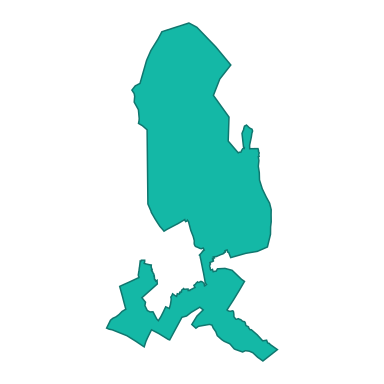 outline of Jere, Borno, Nigeria
{"feature_id": "59680162B64727590098747", "entity_name": "Jere", "entity_type": "district", "adm_level": 2, "iso_a3": "NGA", "parent_name": "Nigeria", "parent_adm1": "Borno", "projection": "robinson", "projection_center": [13.17, 11.942], "detail": "fine", "context": "isolated", "style": "filled", "palette": "teal", "viewbox_px": 384, "rotation_deg": 0, "n_neighbors": 0, "source": "geoboundaries", "source_scale": "gbopen_adm2", "svg_char_len": 5984}
<svg xmlns="http://www.w3.org/2000/svg" viewBox="0 0 384 384"><path d="M151.3,265.0L150.7,264.9L150.3,264.9L148.9,264.6L147.5,264.3L145.8,263.9L144.7,263.5L144.2,263.3L144.7,261.6L144.7,260.2L142.8,260.2L141.3,260.2L140.8,261.4L140.2,261.1L140.1,261.8L140.0,262.9L139.9,263.8L139.8,264.7L139.7,265.2L139.6,266.4L139.4,267.4L139.3,268.0L139.2,268.9L139.1,269.6L139.0,270.9L138.7,271.9L138.6,273.1L138.5,273.7L138.5,273.9L138.4,274.0L138.3,274.6L138.3,275.0L138.3,275.3L138.4,275.8L138.5,276.0L138.7,276.6L139.0,277.0L138.9,277.6L138.4,277.8L137.9,278.0L129.4,282.0L124.0,284.4L119.7,286.4L121.1,291.6L122.5,296.6L123.9,302.1L125.8,309.2L122.1,311.4L119.1,314.5L115.9,316.9L112.8,318.3L110.5,320.2L106.6,328.1L109.1,329.2L112.2,329.8L126.9,335.7L135.7,341.2L144.2,346.9L145.9,341.5L147.3,338.3L148.6,335.6L151.5,329.8L158.7,333.5L168.2,339.4L169.7,339.9L181.9,317.3L186.6,316.0L191.4,312.2L191.5,312.2L199.8,307.2L203.2,309.9L197.0,316.0L191.8,324.5L195.9,328.2L198.5,326.3L209.5,324.4L212.0,325.1L213.2,328.0L215.8,331.7L217.3,335.7L221.7,339.6L224.2,341.3L229.4,343.6L230.2,344.2L234.2,348.9L235.3,349.4L242.6,352.0L245.4,350.7L249.3,351.2L252.8,352.7L257.7,357.3L262.9,361.0L277.4,349.6L270.1,344.4L269.8,344.0L269.3,343.4L268.5,343.3L267.6,342.8L267.4,342.1L267.1,341.6L266.6,340.2L262.8,340.8L262.4,340.5L257.2,334.8L251.3,329.7L250.2,329.8L249.2,328.6L248.8,328.1L248.6,327.4L248.5,326.9L248.3,326.8L247.9,326.5L247.0,326.1L246.3,325.8L246.0,325.6L245.8,325.1L245.6,324.4L245.5,324.0L245.4,323.2L244.9,322.1L244.5,321.7L243.9,321.5L243.2,321.5L242.7,321.3L242.2,321.0L241.9,320.7L241.5,320.3L241.1,319.9L240.5,319.5L239.4,319.4L238.7,318.7L238.4,318.7L237.8,318.8L237.5,319.0L236.4,319.3L235.8,319.2L235.4,318.7L234.8,317.9L234.2,317.1L233.8,316.3L233.8,316.0L233.9,315.7L233.9,315.3L233.9,314.9L233.7,312.9L233.4,311.4L232.9,310.9L232.4,310.8L230.5,311.3L229.3,311.2L228.3,310.9L227.0,309.9L233.4,300.0L239.2,290.5L244.5,281.4L241.5,279.3L236.0,274.0L232.1,270.3L225.0,268.4L217.5,268.8L216.1,271.2L214.6,271.3L213.2,271.7L212.8,270.5L212.5,269.4L210.8,270.1L210.3,269.3L210.3,268.9L210.2,268.7L210.2,268.3L210.2,267.8L209.8,267.1L209.7,266.4L209.6,265.6L209.9,265.2L210.0,264.9L210.1,264.3L210.0,264.1L210.4,263.9L210.3,263.7L210.2,263.5L210.1,263.1L209.9,262.5L210.4,262.3L211.8,261.8L212.4,261.6L212.8,261.3L213.3,261.1L213.1,260.6L212.8,260.2L213.2,260.0L213.4,259.9L213.2,259.4L213.0,258.9L212.9,259.0L212.6,259.1L212.5,258.4L213.0,258.4L214.4,258.0L214.2,257.4L213.6,257.6L213.5,257.2L213.4,256.9L213.5,256.9L214.5,256.7L214.9,256.7L215.6,256.6L215.8,256.7L216.2,256.6L216.7,256.4L217.1,256.3L217.5,256.0L218.0,255.8L219.5,255.2L220.5,254.7L222.6,254.0L223.9,253.4L223.9,252.7L225.0,252.3L224.9,251.9L225.4,251.7L225.0,250.7L226.2,250.2L227.1,249.9L227.3,250.7L227.7,252.1L228.7,252.6L230.7,257.6L245.9,253.3L257.3,251.4L267.4,247.0L270.5,234.3L270.6,226.8L271.2,221.8L271.1,214.5L271.2,209.7L269.6,203.2L266.2,197.0L262.3,188.9L259.5,180.0L259.3,172.7L258.3,166.3L258.9,160.6L258.3,156.7L259.1,156.4L258.7,154.9L258.9,153.8L259.2,153.0L259.0,152.4L258.4,151.4L258.5,150.4L258.0,148.6L249.7,148.7L249.6,145.1L251.3,137.2L251.9,133.2L252.6,131.0L252.0,129.2L250.3,128.4L249.0,127.5L247.8,126.3L246.5,125.1L246.2,125.4L245.8,125.4L245.6,125.6L245.4,125.8L245.1,125.8L244.5,126.1L243.8,128.3L243.5,130.1L243.0,130.9L242.0,133.5L243.5,146.8L244.4,147.7L244.2,148.5L243.5,148.2L242.7,148.8L242.1,149.7L241.5,150.7L241.1,151.9L240.3,152.3L239.3,152.2L238.2,152.8L228.2,141.1L229.0,117.1L213.4,95.4L219.8,79.0L230.8,65.0L215.7,46.8L196.9,27.3L188.9,23.0L161.9,31.7L158.1,38.9L150.9,50.5L146.6,60.3L140.0,83.4L135.3,85.8L131.9,90.1L134.2,93.6L134.7,96.6L134.5,98.3L134.2,102.1L138.4,109.7L139.2,118.7L139.0,120.9L138.5,123.4L142.4,125.7L147.1,129.8L147.9,204.0L150.9,210.9L151.3,212.4L155.0,218.8L157.6,222.9L159.9,226.4L162.9,229.8L164.0,231.2L167.1,229.3L169.2,228.2L178.7,223.2L184.7,219.6L184.9,220.6L185.5,221.1L185.7,221.6L186.4,221.3L186.7,221.2L187.0,220.9L187.4,220.2L188.5,221.6L190.8,230.4L193.2,236.5L194.3,240.8L194.2,242.5L194.2,243.5L194.4,244.6L195.2,246.1L195.4,246.3L196.2,246.8L197.2,247.1L198.9,247.9L200.0,248.4L201.1,248.7L201.5,248.7L202.3,248.3L203.1,248.1L203.3,248.1L203.8,249.2L204.2,250.1L203.6,250.2L203.3,250.4L203.1,251.1L202.9,251.3L202.6,251.3L202.3,251.7L202.0,252.2L201.2,253.2L199.4,255.1L200.1,255.7L200.1,256.0L200.4,258.0L200.8,259.6L201.4,262.7L201.7,264.1L202.0,265.6L202.4,267.6L202.6,268.7L203.5,272.9L204.6,279.0L205.1,281.8L205.4,282.7L205.7,283.3L206.2,284.2L206.5,284.5L205.8,285.0L205.2,285.6L204.5,285.9L204.1,283.6L203.8,283.1L203.3,282.8L202.7,282.2L202.1,281.8L201.6,281.6L201.1,281.4L200.8,281.4L200.3,281.6L199.4,282.3L198.9,282.4L198.6,282.4L198.1,282.4L197.6,281.9L196.1,283.2L195.4,284.3L194.9,284.6L193.9,285.3L195.0,287.5L193.7,288.1L192.9,288.5L192.4,289.0L191.6,289.1L191.0,289.6L190.5,289.7L190.0,289.9L189.8,290.5L189.1,290.5L188.8,290.5L188.2,290.6L188.1,290.2L188.1,289.1L186.8,289.1L185.9,289.2L185.0,289.2L183.9,289.3L183.6,288.6L183.0,289.1L181.7,290.1L181.5,290.5L181.5,291.0L181.4,291.7L181.4,292.0L181.2,292.0L180.5,292.0L180.1,292.0L180.1,292.7L180.0,292.9L179.6,292.8L179.4,294.0L178.6,294.0L178.1,293.9L177.3,293.7L176.7,295.9L176.6,296.4L175.0,295.6L172.6,293.8L172.1,295.0L171.7,295.9L171.4,296.4L170.8,297.1L171.2,298.9L171.0,300.8L170.4,304.7L169.3,308.5L165.7,306.8L163.4,311.7L161.0,316.5L159.8,318.4L158.3,320.7L156.8,319.1L153.0,311.8L150.0,311.9L147.3,310.5L144.9,305.6L145.5,302.2L141.9,297.7L144.4,295.5L157.3,284.0L157.1,281.5L157.1,280.3L156.6,280.6L156.3,280.9L156.1,281.0L155.8,281.2L155.7,281.0L155.4,280.1L155.2,279.7L154.7,279.7L154.5,279.3L154.5,279.0L154.4,278.7L154.5,278.5L154.5,278.0L154.4,277.2L154.3,276.1L154.0,276.2L153.9,274.6L153.8,274.0L152.9,272.8L152.8,272.3L152.7,272.2L152.2,270.9L151.8,271.0L151.5,270.4L151.4,270.0L151.7,269.6L152.1,269.4L151.9,269.0L151.2,267.2L151.2,266.9L151.2,266.3L151.2,265.8L151.3,265.0Z" fill="#14b8a6" stroke="#0f766e" stroke-width="1.5"/></svg>